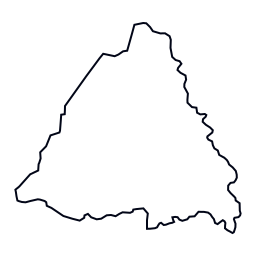 the district of Bañado de Medina, Cerro Largo, Uruguay
{"feature_id": "84410073B9174181273623", "entity_name": "Bañado de Medina", "entity_type": "district", "adm_level": 2, "iso_a3": "URY", "parent_name": "Uruguay", "parent_adm1": "Cerro Largo", "projection": "robinson", "projection_center": [-54.279, -32.336], "detail": "fine", "context": "isolated", "style": "outline", "palette": "ink", "viewbox_px": 256, "rotation_deg": 0, "n_neighbors": 0, "source": "geoboundaries", "source_scale": "gbopen_adm2", "svg_char_len": 2121}
<svg xmlns="http://www.w3.org/2000/svg" viewBox="0 0 256 256"><path d="M132.7,211.6L133.3,209.6L136.2,209.1L143.4,208.4L147.8,213.5L147.0,220.2L147.0,228.8L150.3,228.7L155.0,228.2L157.1,227.3L158.2,225.3L159.5,223.4L161.1,222.8L163.7,225.0L165.9,224.7L169.5,223.3L172.2,222.8L174.1,221.9L173.2,220.1L172.4,217.3L175.1,216.9L177.6,217.2L179.4,219.6L182.3,220.8L187.3,219.3L189.4,216.7L194.6,216.3L198.5,211.8L204.1,211.9L208.1,212.6L210.5,214.4L212.1,216.9L213.9,219.1L215.1,223.0L217.6,224.1L219.9,222.3L222.8,220.2L224.5,221.3L225.4,223.0L225.1,225.5L225.0,228.3L227.4,230.2L230.1,231.6L232.4,233.0L233.8,232.2L234.7,229.6L235.4,227.2L235.5,223.7L234.7,221.5L233.9,219.1L234.5,217.8L238.5,217.1L240.1,215.4L240.6,213.4L239.8,210.7L239.6,203.2L235.7,200.5L235.4,198.0L234.6,197.0L230.6,193.1L228.1,190.0L228.2,185.6L230.5,182.9L233.9,182.4L235.5,180.4L236.8,177.7L236.7,174.6L235.8,171.0L232.7,167.4L229.1,164.5L228.1,162.0L226.9,160.1L224.4,157.8L219.2,154.9L217.8,150.5L214.4,148.4L212.9,145.3L212.1,141.4L208.4,139.6L207.2,137.7L207.4,136.4L212.3,132.5L212.8,130.2L210.1,127.5L205.9,124.8L202.7,121.8L203.0,119.2L205.7,116.7L206.3,115.0L204.8,114.0L200.3,114.4L197.1,112.7L196.4,107.7L192.0,107.1L187.5,102.7L187.4,100.0L187.9,93.6L184.3,87.0L184.4,83.9L186.1,79.7L185.5,75.5L180.5,72.8L177.5,70.0L178.1,67.9L181.4,63.8L179.6,61.2L175.6,60.0L172.2,56.9L170.5,47.9L170.8,39.8L169.6,36.2L165.0,33.3L160.3,33.4L152.9,31.2L150.1,27.1L146.3,23.3L143.2,23.0L134.4,24.8L132.0,33.6L127.2,50.7L123.1,51.3L118.5,54.5L114.7,56.2L103.2,53.8L99.6,58.2L86.4,76.0L65.0,106.0L64.9,110.2L64.7,114.2L61.2,114.7L60.8,120.5L60.0,130.8L59.4,132.5L50.5,135.4L46.1,146.3L40.2,152.3L40.6,158.5L39.3,162.7L38.6,164.2L38.2,170.5L30.2,174.3L19.2,186.6L15.4,189.7L15.9,192.1L16.5,196.3L17.4,200.5L18.8,201.1L21.9,202.0L25.6,202.3L30.4,201.0L37.8,199.3L40.0,199.6L44.6,201.0L46.2,202.2L46.8,205.8L51.4,207.9L63.4,216.0L72.6,218.8L79.7,220.6L84.2,217.8L84.5,215.4L87.9,213.9L91.2,217.3L96.7,219.3L101.2,218.7L106.7,215.3L111.0,215.0L115.6,216.2L119.3,213.9L122.6,212.3L130.1,212.8L132.7,211.6Z" fill="none" stroke="#020617" stroke-width="2"/></svg>